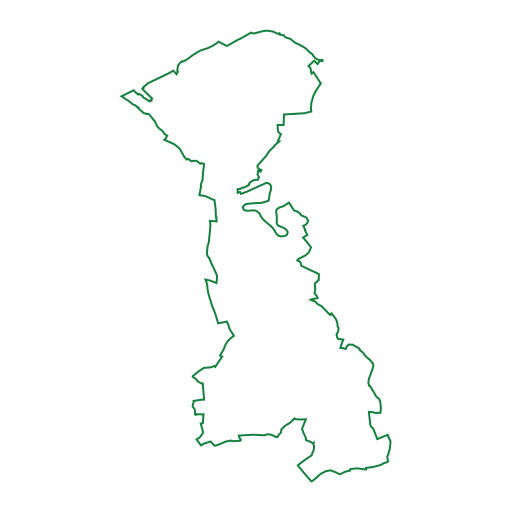 Ogra, Mures, Romania
{"feature_id": "2599482B93803341690791", "entity_name": "Ogra", "entity_type": "district", "adm_level": 2, "iso_a3": "ROU", "parent_name": "Romania", "parent_adm1": "Mures", "projection": "natural_earth1", "projection_center": [24.323, 46.44], "detail": "fine", "context": "isolated", "style": "outline", "palette": "green", "viewbox_px": 512, "rotation_deg": 0, "n_neighbors": 0, "source": "geoboundaries", "source_scale": "gbopen_adm2", "svg_char_len": 6049}
<svg xmlns="http://www.w3.org/2000/svg" viewBox="0 0 512 512"><path d="M321.0,473.7L326.3,471.0L328.0,470.9L330.3,470.3L335.2,472.1L338.5,473.7L340.2,474.2L345.4,471.6L349.9,470.7L350.2,469.3L353.4,468.7L357.7,468.4L366.0,469.5L366.0,467.9L372.0,467.2L378.5,465.6L381.6,464.6L382.6,463.8L386.0,462.4L387.1,462.3L388.2,461.3L387.9,460.6L387.3,457.8L387.3,456.4L388.5,453.8L388.8,452.1L389.7,449.4L390.5,442.7L390.3,440.6L388.1,436.3L387.7,434.8L377.3,439.1L373.5,429.3L372.9,428.3L371.4,427.0L370.6,425.8L370.3,424.7L368.9,412.0L373.2,412.2L374.5,412.9L380.3,412.9L380.9,409.1L380.4,402.6L379.3,399.0L376.9,397.2L375.4,395.2L374.5,393.3L370.7,387.1L369.8,385.8L369.2,385.8L368.5,383.5L368.4,382.0L369.0,378.6L372.6,368.8L373.3,365.9L373.2,363.9L369.7,359.7L366.2,356.9L364.6,354.9L363.3,352.9L359.9,350.2L359.8,349.3L359.4,348.6L358.9,348.6L358.1,347.7L354.4,345.9L352.9,344.7L348.8,344.6L346.4,346.8L346.2,348.1L345.8,348.9L343.9,348.5L343.5,348.2L340.4,348.0L341.8,343.2L343.3,339.6L338.1,338.9L337.5,338.2L336.5,334.4L338.2,331.5L338.5,327.8L337.6,326.6L337.5,323.9L336.6,320.7L335.6,318.6L331.5,313.3L330.5,314.0L330.5,314.8L330.0,314.9L321.5,306.1L318.2,304.5L317.1,303.6L315.7,301.9L314.4,301.2L311.9,300.5L310.7,299.7L313.0,299.0L317.6,298.1L317.5,297.4L316.5,295.6L314.5,293.2L315.2,289.7L315.0,284.6L315.1,283.1L317.1,281.7L318.0,280.3L318.7,280.1L318.9,274.1L301.3,265.8L300.8,263.3L300.2,262.1L299.1,261.1L297.3,260.6L297.3,260.2L298.7,258.8L305.4,255.4L306.7,254.5L308.9,252.2L311.0,247.5L310.2,246.2L303.1,237.5L307.3,235.0L304.9,230.1L305.3,229.9L303.3,225.8L305.5,224.9L307.5,222.8L307.7,221.0L308.1,220.6L306.8,218.0L305.6,217.2L301.0,215.2L300.1,213.7L297.7,211.7L294.0,210.4L289.0,202.6L282.8,206.5L280.4,207.1L277.8,208.5L276.7,209.7L276.1,211.0L276.9,218.2L276.7,223.6L278.0,225.5L283.4,227.8L285.8,229.2L287.5,231.5L287.7,232.4L287.0,234.6L286.0,235.5L283.9,236.2L281.3,236.4L279.0,236.0L277.9,235.2L276.4,233.8L274.1,229.9L272.4,227.5L263.6,219.9L260.9,216.5L259.8,213.8L257.3,211.5L255.2,210.5L252.2,210.4L247.8,210.8L246.2,210.6L244.2,210.0L243.6,209.5L242.8,207.6L242.9,207.0L243.9,205.6L245.7,204.2L246.6,203.9L255.3,203.1L260.6,203.0L264.8,202.0L268.6,200.6L268.8,200.2L269.8,193.2L270.9,189.8L271.1,188.0L271.2,187.1L270.9,186.0L269.9,184.2L268.2,183.2L266.3,182.9L246.4,191.9L241.0,193.9L240.1,192.1L239.0,192.2L237.7,192.8L237.7,190.7L237.7,189.1L241.2,188.7L241.6,187.9L244.9,187.2L247.4,185.6L248.4,185.5L249.1,184.7L249.1,184.0L249.4,183.1L250.0,182.8L250.5,181.9L251.9,181.4L252.5,180.8L253.5,180.5L254.1,180.0L258.2,179.6L258.3,178.1L259.0,177.3L257.5,174.4L257.9,172.8L257.9,171.5L258.2,170.8L260.4,171.7L260.8,171.5L261.4,170.1L258.7,168.8L257.9,167.9L257.6,167.6L257.5,165.6L266.2,155.8L269.5,150.8L274.0,146.6L274.3,145.7L279.0,141.6L277.8,141.6L280.9,134.1L279.2,132.9L278.2,131.5L277.7,128.4L277.7,124.9L283.6,125.0L284.0,114.5L304.7,113.2L311.3,111.5L310.9,109.4L311.3,103.3L313.4,95.7L316.0,90.7L320.8,83.4L313.4,72.1L311.7,73.7L311.3,73.1L310.6,68.7L310.2,67.8L308.5,66.0L314.2,60.7L317.6,64.1L318.7,62.3L320.1,60.6L322.2,61.2L322.6,60.9L322.4,59.9L321.1,60.2L318.5,59.9L317.0,59.2L314.8,57.7L313.3,55.9L312.5,54.3L309.8,52.4L305.6,48.3L300.1,45.0L295.1,42.7L290.3,38.9L285.5,37.3L284.7,36.7L283.8,35.3L279.7,34.6L279.8,33.5L279.6,33.2L278.3,33.8L277.7,33.7L272.8,31.5L267.3,30.7L264.8,30.8L260.5,31.7L254.1,33.5L251.8,33.1L251.1,32.6L239.8,39.0L238.4,39.5L227.0,46.0L218.4,41.7L216.5,43.4L212.1,46.1L207.4,48.3L201.2,50.2L197.1,52.4L192.5,55.3L187.4,59.2L183.1,61.5L182.7,61.2L181.7,61.5L180.1,62.8L178.0,65.6L177.2,70.8L177.9,71.7L176.5,74.2L173.3,70.7L168.7,73.3L148.4,83.0L143.2,87.3L143.6,87.9L142.3,88.9L152.2,98.6L150.8,100.1L151.3,100.7L149.5,101.4L148.4,100.5L143.1,97.3L142.8,96.3L140.6,94.8L138.8,93.8L138.1,94.5L135.1,91.9L133.6,90.3L121.5,96.3L124.1,97.9L126.4,99.7L127.9,100.3L131.7,103.5L134.3,105.1L135.5,105.4L136.8,106.8L138.6,107.5L138.7,107.8L138.3,108.2L143.4,112.8L144.1,113.3L145.7,113.5L146.2,114.0L148.2,113.8L149.8,115.1L155.2,121.9L157.1,126.2L158.0,127.3L160.5,129.5L162.2,130.6L163.3,132.0L164.0,133.5L165.4,134.6L167.2,135.6L165.7,138.4L164.4,139.8L174.2,144.2L179.0,148.0L180.4,149.9L184.2,156.7L186.5,159.5L188.1,158.8L191.3,161.2L192.7,160.9L196.6,160.9L200.3,163.7L201.5,163.1L204.1,164.1L203.0,173.0L202.5,180.3L201.7,182.0L200.9,184.6L200.8,185.4L201.3,186.4L200.3,189.5L200.3,191.0L199.5,194.2L199.5,195.2L203.8,195.8L205.9,196.3L212.4,199.4L214.5,200.1L215.7,209.9L215.9,217.2L216.4,217.2L216.6,221.4L210.0,220.9L210.4,225.1L210.0,230.5L208.8,242.2L207.5,246.6L206.9,254.0L207.4,255.6L209.0,258.1L209.3,258.0L211.9,264.6L212.4,265.7L212.6,265.7L216.9,275.2L217.0,278.5L216.4,283.0L210.5,280.7L205.5,279.6L206.7,282.9L207.4,286.2L207.4,288.3L208.6,294.5L212.3,306.3L215.3,313.8L218.2,323.3L226.9,321.6L227.4,323.1L228.0,323.9L229.8,329.5L233.9,335.8L229.6,339.1L227.8,341.1L225.6,344.5L223.6,349.5L220.1,355.5L221.2,356.4L222.1,356.6L215.2,366.9L214.2,366.0L211.0,367.3L203.9,367.9L198.9,371.1L192.7,376.2L192.7,376.8L196.0,379.1L197.8,381.4L201.4,383.4L202.7,383.4L204.1,399.6L201.6,399.7L193.6,400.9L193.7,402.0L192.6,405.9L192.9,406.9L194.5,409.1L195.1,411.1L195.0,412.4L195.2,412.9L194.9,413.9L195.2,414.5L195.7,414.9L196.9,414.2L197.8,414.4L199.5,414.2L202.6,414.5L203.5,414.3L202.8,423.3L200.7,423.5L203.1,432.2L202.6,433.5L199.9,437.3L196.5,439.4L201.1,445.4L203.6,443.7L210.7,441.5L214.4,445.7L217.8,444.9L226.2,441.4L229.3,441.0L230.2,440.5L233.2,441.2L240.5,440.7L240.8,439.7L239.5,437.9L238.8,435.6L253.1,434.7L264.6,435.3L267.6,434.2L271.6,434.8L272.1,435.3L274.1,435.8L275.4,436.9L277.1,437.1L277.7,436.9L278.7,434.8L280.6,433.0L281.2,431.7L281.2,430.0L281.6,429.2L283.9,426.8L286.7,424.7L289.4,423.3L294.5,418.4L295.1,419.1L300.4,419.5L305.9,419.3L302.0,428.7L303.5,432.9L305.6,437.3L306.1,440.2L310.4,441.8L313.1,443.3L313.7,442.8L313.5,444.6L314.0,446.2L314.0,448.3L313.4,451.1L312.8,452.0L311.5,455.4L304.2,460.4L297.8,465.3L303.7,472.6L311.3,481.3L312.5,480.9L317.1,477.2L318.7,475.5L321.0,473.7Z" fill="none" stroke="#15803d" stroke-width="2"/></svg>